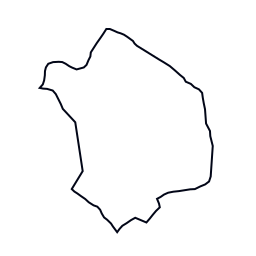 the district of Viradouro, São Paulo, Brazil, rotated 261°
{"feature_id": "56859067B60217010501948", "entity_name": "Viradouro", "entity_type": "district", "adm_level": 2, "iso_a3": "BRA", "parent_name": "Brazil", "parent_adm1": "São Paulo", "projection": "orthographic", "projection_center": [-48.306, -20.88], "detail": "fine", "context": "isolated", "style": "outline", "palette": "ink", "viewbox_px": 256, "rotation_deg": 261, "n_neighbors": 0, "source": "geoboundaries", "source_scale": "gbopen_adm2", "svg_char_len": 1295}
<svg xmlns="http://www.w3.org/2000/svg" viewBox="0 0 256 256"><g transform="rotate(261 128 128)"><path d="M67.2,202.1L97.0,208.9L107.1,208.0L112.2,208.5L120.2,205.8L134.5,207.0L140.5,206.7L146.0,206.6L151.1,206.7L155.1,204.1L157.9,199.9L161.7,197.0L164.7,192.3L168.7,190.9L172.2,187.7L177.6,183.3L182.6,179.0L187.4,173.5L190.8,169.4L207.8,149.7L210.4,147.7L213.2,146.5L215.7,144.0L218.1,141.6L220.8,138.6L222.7,135.5L224.1,132.6L226.1,129.6L228.6,125.6L229.2,122.1L224.9,118.3L221.0,114.6L216.7,110.4L208.5,103.1L204.5,102.0L201.2,99.6L196.8,96.9L194.7,93.8L193.9,86.4L196.3,82.4L198.3,79.6L201.2,76.5L203.4,73.4L204.2,70.0L204.8,64.3L203.9,59.3L200.7,56.4L197.2,54.9L193.0,54.1L188.1,52.6L184.4,50.7L181.4,47.1L180.2,50.3L179.3,54.2L176.8,59.5L172.8,62.0L169.0,63.2L166.2,64.1L162.1,65.4L157.1,66.6L141.9,76.8L92.5,76.5L76.5,62.9L73.6,65.1L71.3,67.7L68.1,70.9L64.6,74.6L60.8,77.6L57.0,81.9L55.1,85.4L51.6,87.7L47.7,88.7L43.4,90.4L40.7,93.0L36.3,96.3L33.1,97.7L26.8,101.0L29.5,103.7L32.3,107.1L34.2,111.7L36.6,116.7L38.2,121.1L34.1,127.7L31.8,131.4L35.1,135.3L38.5,139.0L41.7,142.7L44.7,147.0L48.5,146.8L53.5,145.6L54.8,149.4L56.6,153.1L57.8,157.5L58.0,162.8L57.7,168.3L57.7,179.9L57.2,184.5L59.0,190.3L60.2,195.4L62.5,199.7L67.2,202.1Z" fill="none" stroke="#020617" stroke-width="2"/></g></svg>